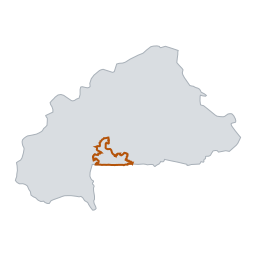 Sissili, Sissili, Burkina Faso shown in context
{"feature_id": "67063806B75900195473972", "entity_name": "Sissili", "entity_type": "district", "adm_level": 2, "iso_a3": "BFA", "parent_name": "Burkina Faso", "parent_adm1": "Sissili", "projection": "orthographic", "projection_center": [-2.154, 11.45], "detail": "fine", "context": "in_parent", "style": "outline", "palette": "amber", "viewbox_px": 256, "rotation_deg": 0, "n_neighbors": 0, "source": "geoboundaries", "source_scale": "gbopen_adm2", "svg_char_len": 7465}
<svg xmlns="http://www.w3.org/2000/svg" viewBox="0 0 256 256"><path d="M198.7,164.1L191.4,164.5L188.7,165.3L187.1,165.4L187.0,164.7L186.8,164.3L177.5,162.1L171.0,160.8L164.5,159.4L164.1,160.8L163.2,161.7L161.7,161.8L160.7,161.5L160.1,162.6L159.0,164.0L157.5,164.7L156.0,165.6L155.2,166.4L154.5,166.4L153.0,164.6L151.0,164.4L147.3,164.8L145.6,164.3L143.3,164.0L137.9,164.4L129.2,163.7L127.8,164.1L127.4,164.5L118.8,164.6L109.4,164.7L101.5,164.7L94.6,164.8L94.5,164.5L92.3,164.4L92.1,165.0L90.1,172.3L89.9,176.2L90.9,178.7L92.1,180.2L93.4,180.9L93.5,181.8L92.5,182.9L92.6,184.1L93.8,185.3L94.1,186.5L93.5,187.8L93.6,191.0L94.5,196.1L94.5,199.3L93.7,200.8L94.1,203.4L95.8,207.0L96.1,208.5L95.5,209.2L94.0,210.1L92.6,210.1L90.9,207.9L90.2,206.9L88.8,204.7L87.7,202.5L86.1,201.5L84.6,200.6L82.8,197.8L81.0,196.4L79.1,196.8L76.3,196.3L70.8,195.6L64.8,195.7L62.3,196.4L59.8,197.4L53.6,199.6L51.1,200.7L49.2,203.5L47.1,203.4L45.0,202.5L43.7,201.2L40.8,201.5L38.1,200.2L35.5,197.7L33.5,196.9L31.0,195.1L30.4,191.7L28.8,189.3L27.4,186.0L25.3,184.5L22.8,183.7L19.4,183.8L17.1,182.5L15.4,180.5L15.8,178.9L16.7,176.5L16.8,174.2L17.4,170.5L17.1,165.9L16.5,162.6L18.4,161.3L20.6,160.1L22.0,157.9L23.4,153.0L24.1,148.8L23.7,147.2L22.9,145.9L22.4,144.1L22.1,141.8L22.5,139.9L24.2,138.1L26.3,136.6L27.7,135.9L31.6,135.2L36.5,134.1L39.3,132.8L41.4,131.6L42.5,130.6L43.7,128.5L45.6,126.9L47.0,125.3L47.3,120.8L47.3,118.2L46.2,116.8L45.7,115.5L52.9,112.1L52.9,109.6L52.0,106.8L50.6,104.5L50.1,102.6L52.1,100.3L53.9,98.6L55.1,97.2L58.0,95.0L60.9,94.5L63.6,95.3L71.4,100.6L72.7,100.9L74.4,100.5L76.5,99.1L79.1,98.1L80.1,94.6L80.1,89.5L80.7,87.1L82.1,86.7L86.6,87.7L87.8,87.8L89.1,87.4L90.1,86.5L90.0,84.9L89.8,83.4L91.3,78.7L94.0,75.1L99.4,70.6L101.1,69.8L103.1,69.3L112.7,72.4L114.3,71.6L116.7,64.0L119.3,63.3L122.5,63.1L124.5,62.5L125.6,62.0L130.2,59.1L138.3,55.1L142.6,53.4L143.5,52.8L146.6,50.0L150.7,46.8L153.3,46.1L157.0,45.9L159.3,46.4L159.9,47.3L160.7,47.7L165.4,46.3L172.3,48.5L178.2,50.5L177.8,51.9L177.8,54.3L177.3,58.0L176.8,62.6L179.3,65.5L182.2,68.6L183.0,69.8L182.3,72.9L182.8,74.7L184.4,77.7L187.1,81.6L189.8,85.5L191.7,86.0L193.5,86.3L194.6,87.0L196.2,87.7L197.7,88.1L199.1,88.9L200.0,89.8L201.2,92.2L204.3,93.8L206.4,95.4L205.6,96.2L202.9,95.9L200.4,95.2L200.1,96.4L200.0,100.9L200.5,104.6L201.1,105.1L203.6,105.7L209.6,110.5L215.1,115.0L217.0,116.2L220.0,116.6L223.3,116.8L224.8,116.3L228.0,114.0L229.7,113.7L231.3,113.7L232.2,114.1L233.8,115.9L235.3,118.8L235.8,120.9L235.6,122.0L235.1,122.4L232.5,123.0L231.3,123.5L231.1,124.1L231.5,125.5L232.0,126.4L235.0,130.5L239.3,135.9L240.6,137.3L239.9,139.0L237.8,143.3L236.3,145.2L229.3,151.4L225.8,150.7L218.5,152.1L217.3,150.7L215.6,150.5L213.5,150.8L212.7,151.3L212.5,151.9L211.8,152.8L210.5,155.2L209.4,155.9L208.1,156.3L206.5,156.2L205.6,156.5L205.6,157.8L205.3,158.8L204.2,159.3L203.8,160.5L203.9,161.7L203.3,162.2L201.9,161.9L201.1,161.6L200.3,163.1L199.4,164.1L198.7,164.1Z" fill="#d9dde1" stroke="#a8b0b8" stroke-width="1"/><path d="M93.0,157.4L93.1,157.5L93.3,157.9L93.2,158.5L93.3,158.8L93.3,159.1L93.4,159.4L93.4,159.6L93.5,160.0L93.6,160.4L95.0,159.8L95.2,159.7L95.0,159.0L95.0,158.8L95.1,158.7L95.3,158.5L95.7,158.5L96.1,158.6L96.3,158.7L96.8,159.2L97.1,159.4L97.4,159.9L97.7,160.2L98.1,160.4L98.4,160.6L98.6,160.8L98.7,161.1L98.6,161.9L98.5,162.3L98.3,162.7L98.2,162.8L97.8,162.8L97.4,162.8L96.9,162.8L96.7,162.8L96.6,163.1L96.5,163.4L96.3,163.6L96.2,163.7L95.8,163.9L95.7,164.1L95.6,164.3L95.6,164.5L95.9,164.5L96.0,164.5L96.7,164.6L98.6,164.5L99.0,164.6L99.5,164.6L100.1,164.7L100.8,164.7L101.2,164.8L101.6,164.9L103.6,164.8L104.9,164.8L105.4,164.8L105.8,164.9L106.5,164.9L107.5,164.8L108.1,164.8L108.6,164.8L108.7,164.7L109.3,164.8L109.8,164.8L110.2,164.9L110.4,164.9L111.5,165.0L114.3,165.0L114.5,165.1L116.6,164.9L116.9,165.0L117.9,164.9L122.0,164.9L123.0,164.9L123.2,165.0L123.4,165.1L124.1,165.1L124.5,164.9L125.7,164.5L126.1,164.5L126.5,164.6L126.8,164.7L127.6,164.7L127.8,164.4L127.7,164.1L127.8,163.8L129.3,163.8L129.6,163.9L130.0,163.8L130.6,163.9L131.3,163.8L132.2,163.9L132.3,164.0L132.4,163.7L132.2,163.5L132.2,163.4L132.3,163.3L132.5,163.2L132.5,162.9L132.6,162.7L132.4,162.7L132.2,162.8L132.2,163.0L131.9,163.2L131.7,163.0L131.5,162.9L131.3,162.7L131.2,162.7L131.0,162.4L130.7,162.2L130.7,161.9L130.8,161.9L131.0,161.7L130.9,161.6L130.6,161.6L130.4,161.7L130.2,161.7L129.9,161.5L129.7,161.6L129.3,161.7L129.1,161.7L128.9,161.5L129.0,161.4L128.9,161.1L128.6,161.3L128.4,161.2L128.3,160.8L128.4,160.7L128.2,160.6L127.8,160.6L127.7,160.6L127.6,160.8L127.4,160.8L127.3,160.7L127.2,160.7L127.2,160.3L127.1,160.2L126.8,160.1L126.7,160.0L126.5,159.9L126.3,159.9L126.4,159.7L126.1,159.6L125.9,159.6L125.7,159.6L125.7,159.3L125.8,159.1L126.0,158.9L126.6,158.1L126.8,157.9L126.8,157.7L126.7,157.3L126.7,157.0L126.8,156.5L126.9,156.3L127.0,156.2L127.3,156.1L127.5,155.9L127.5,155.4L127.4,154.9L127.4,154.6L127.5,154.4L127.3,154.3L127.3,154.2L127.2,154.2L127.1,153.9L127.0,153.7L126.8,153.7L126.6,153.6L126.4,153.6L126.3,153.4L126.2,153.3L126.1,153.2L125.3,153.0L124.5,152.8L124.3,152.9L124.2,152.9L124.1,153.0L123.9,153.2L123.5,153.9L123.1,154.1L122.7,154.5L122.4,154.7L122.1,154.9L121.7,155.1L121.4,155.3L121.2,155.3L121.0,155.2L120.9,155.2L120.6,154.8L120.5,154.7L120.4,154.7L120.2,154.7L119.9,154.6L119.9,154.4L120.0,154.1L119.9,153.8L120.0,153.6L118.5,153.7L117.7,153.7L117.4,153.9L117.2,154.1L117.1,154.6L116.8,154.5L116.6,154.4L116.5,154.5L116.4,154.6L116.3,154.9L116.3,155.0L116.2,155.8L116.1,156.0L116.0,155.8L115.8,156.0L115.7,156.2L115.4,156.0L115.2,156.0L114.9,156.0L114.9,155.9L114.7,155.8L114.5,155.5L114.5,155.4L114.4,155.4L114.3,155.2L114.4,154.9L113.8,154.6L113.3,154.3L113.0,154.0L112.6,153.6L112.3,153.2L112.0,152.6L111.7,151.7L111.3,150.3L111.2,150.1L110.6,149.4L110.3,149.1L110.1,149.0L109.9,149.0L108.6,149.1L107.6,149.1L107.4,149.1L107.1,149.0L106.8,148.8L106.4,148.7L106.1,148.5L106.0,148.4L105.8,148.1L105.7,148.0L105.6,147.8L105.6,147.3L105.7,146.1L105.7,145.8L105.7,143.9L105.8,143.5L106.1,143.1L106.3,142.9L106.4,143.0L106.5,143.0L106.9,143.2L107.1,143.1L107.6,143.2L107.7,143.3L108.4,143.5L108.5,143.5L108.6,143.4L108.8,143.2L108.8,142.7L108.8,142.1L108.5,141.3L108.4,141.0L108.2,140.6L108.2,140.4L108.3,140.4L108.7,140.3L108.9,140.3L108.9,140.2L108.8,139.6L108.5,138.2L108.4,137.5L108.2,137.5L107.6,137.7L107.5,137.8L107.2,137.8L106.8,137.9L105.3,138.2L105.1,138.2L104.4,138.2L104.0,138.2L103.9,138.2L103.7,138.5L103.6,138.8L103.3,139.0L103.0,139.2L102.4,139.4L102.2,139.6L101.8,140.1L101.5,140.5L101.4,140.7L101.2,140.9L101.1,141.0L101.0,140.9L100.9,140.9L100.6,140.8L100.6,140.7L100.5,140.9L100.4,141.4L100.4,142.1L100.3,142.5L100.2,142.6L99.7,142.8L99.5,143.0L99.8,143.6L99.8,144.0L99.9,144.5L99.9,145.2L99.9,145.7L99.8,146.1L99.7,146.2L98.8,146.2L98.6,146.2L97.8,146.1L97.6,146.1L96.8,146.4L96.3,146.7L95.9,146.8L96.4,147.0L96.7,147.3L96.9,147.6L97.0,148.1L97.0,148.6L96.9,149.1L96.8,149.5L96.9,149.8L97.3,150.2L97.8,150.6L98.4,150.9L98.8,151.0L99.5,151.5L99.8,151.7L100.0,151.7L100.5,151.8L100.8,152.0L101.2,152.4L101.3,152.5L101.2,152.5L101.0,152.8L100.7,153.0L100.2,153.3L100.1,153.5L99.9,153.5L99.6,153.6L99.3,153.5L99.2,153.5L98.7,153.5L98.3,153.5L98.2,153.8L98.1,154.3L98.1,154.6L98.1,154.9L98.0,155.0L97.7,154.9L97.4,154.9L96.4,154.8L96.0,154.8L95.9,154.7L95.6,154.6L95.1,154.3L94.9,154.2L94.4,154.6L94.1,154.9L93.9,155.0L93.7,155.7L93.4,155.9L93.1,156.1L93.0,156.5L93.0,156.8L93.1,157.0L93.0,157.3L93.0,157.4Z" fill="none" stroke="#b45309" stroke-width="2"/></svg>